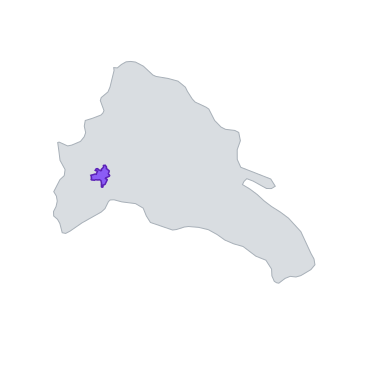 Galvan, Bahoruco, Dominican Republic shown in context, rotated 26°
{"feature_id": "3306468B84487207746542", "entity_name": "Galvan", "entity_type": "district", "adm_level": 2, "iso_a3": "DOM", "parent_name": "Dominican Republic", "parent_adm1": "Bahoruco", "projection": "albers", "projection_center": [-71.318, 18.475], "detail": "fine", "context": "in_parent", "style": "filled", "palette": "violet", "viewbox_px": 384, "rotation_deg": 26, "n_neighbors": 0, "source": "geoboundaries", "source_scale": "gbopen_adm2", "svg_char_len": 4637}
<svg xmlns="http://www.w3.org/2000/svg" viewBox="0 0 384 384"><g transform="rotate(26 192 192)"><path d="M67.6,252.3L67.9,238.8L70.0,233.3L68.1,227.5L59.5,221.4L54.3,213.4L49.6,206.4L50.7,205.4L60.0,205.1L63.3,202.6L69.6,195.4L70.9,189.6L70.4,185.3L66.3,180.0L64.7,174.5L69.8,169.8L76.4,162.8L77.3,160.1L77.2,157.4L69.5,150.0L69.0,146.9L72.6,138.9L72.3,133.6L68.7,117.0L67.1,114.5L70.5,113.2L72.7,108.2L75.7,103.9L79.7,101.5L84.2,100.0L93.1,100.2L105.5,104.0L109.0,103.9L120.9,100.4L130.8,98.5L140.1,100.7L143.8,103.6L151.5,108.3L155.4,109.8L167.5,109.6L170.8,110.1L181.0,117.8L189.6,120.9L194.6,121.0L203.5,117.9L207.9,118.0L213.0,124.7L214.1,134.2L218.4,142.9L225.0,148.4L257.1,145.8L264.3,150.3L261.9,154.1L257.4,156.2L242.1,155.4L235.4,156.0L234.1,159.7L234.1,163.2L243.0,164.0L251.8,165.7L260.8,168.4L269.9,170.2L280.1,171.3L290.2,173.2L307.2,179.9L326.0,195.2L331.0,198.7L334.4,203.5L332.9,209.6L326.4,219.5L322.7,222.8L317.2,224.8L313.5,228.9L310.0,235.9L307.8,236.5L305.1,236.2L300.6,232.4L297.3,226.4L288.3,220.9L277.6,221.7L261.8,218.6L252.3,220.3L242.7,220.8L233.0,219.2L223.2,218.7L213.4,220.9L203.9,224.6L200.4,226.9L194.4,232.6L191.2,234.7L168.0,237.6L161.4,233.5L155.2,227.9L146.3,227.2L133.4,231.6L125.3,233.2L122.0,235.0L121.1,237.2L121.1,245.1L119.2,249.8L106.7,267.9L99.5,280.7L96.6,284.6L93.2,285.5L87.0,278.2L83.1,275.5L78.2,274.2L76.1,270.3L76.2,264.7L74.9,259.3L71.9,255.1L67.6,252.3Z" fill="#d9dde1" stroke="#a8b0b8" stroke-width="1"/><path d="M108.9,227.2L109.1,227.1L109.5,226.9L109.7,226.6L109.7,226.4L109.6,226.0L109.4,225.7L109.2,225.3L109.0,225.0L109.0,224.9L109.0,224.7L109.3,224.4L109.6,224.3L109.7,224.2L109.9,224.0L110.1,223.8L110.2,223.7L110.3,223.5L110.5,223.2L110.5,222.9L110.5,219.5L110.5,218.5L110.5,218.3L110.5,218.2L110.4,218.1L110.2,217.9L109.8,217.9L108.6,217.9L108.4,217.9L108.2,217.8L108.2,217.7L108.2,217.4L108.2,217.2L108.3,217.0L108.6,216.9L108.8,216.5L108.9,216.3L109.0,216.2L109.4,215.7L109.7,215.4L109.9,215.2L110.0,215.1L110.1,214.9L110.3,214.7L110.6,214.4L110.7,214.2L110.8,213.9L110.8,213.5L110.7,213.3L110.7,213.2L110.3,212.9L110.2,212.8L109.5,212.8L109.4,212.8L109.3,212.7L109.2,212.6L108.9,212.3L108.8,212.2L108.7,212.1L108.7,211.8L108.7,211.6L108.7,210.7L108.6,210.4L108.5,210.0L108.5,209.9L108.4,209.5L108.4,209.4L108.2,209.3L108.0,209.2L107.9,209.1L107.3,209.1L107.1,209.0L106.8,208.9L106.6,208.8L106.4,208.7L106.2,208.6L105.2,208.6L104.9,208.6L104.7,208.4L104.7,208.0L104.7,207.9L104.5,207.6L104.4,207.5L104.2,207.4L104.1,207.2L104.0,206.9L103.9,206.9L103.8,206.7L103.6,206.6L103.4,206.5L103.2,206.5L103.1,206.4L102.9,206.3L102.6,206.2L102.3,206.0L102.2,206.1L101.8,206.3L101.7,206.3L101.4,206.6L101.0,206.7L100.9,206.8L100.8,207.0L100.8,207.3L101.0,207.4L101.1,207.5L101.3,207.9L101.4,208.1L101.5,208.2L101.5,208.4L101.5,208.5L101.5,208.9L101.4,209.0L101.3,209.3L101.2,209.6L101.1,209.9L101.1,210.0L101.0,210.3L100.8,210.7L100.7,210.9L100.7,211.0L100.6,211.3L100.8,211.7L100.9,211.8L101.1,212.1L101.2,212.3L101.1,212.5L100.8,212.7L100.7,212.8L100.4,213.0L100.2,212.9L99.9,212.8L99.7,212.8L99.4,212.8L99.2,212.9L98.9,213.0L98.6,213.0L98.3,213.0L98.1,212.9L97.9,212.9L97.6,212.7L97.3,212.4L97.2,212.4L96.7,212.5L96.2,212.8L95.9,213.0L95.7,213.2L95.7,213.4L95.7,213.5L95.7,214.0L95.7,214.3L95.5,214.6L95.5,214.8L95.5,215.0L96.0,215.0L96.3,215.0L96.5,215.0L96.8,214.9L97.0,214.8L97.5,214.8L97.8,214.8L98.0,214.9L98.0,215.0L98.0,216.6L98.0,216.9L98.0,217.0L98.1,217.3L98.2,217.6L98.2,217.8L98.2,218.0L97.8,218.1L97.6,218.2L97.2,218.3L96.9,218.5L96.7,218.6L95.5,219.8L95.3,220.1L95.1,220.2L95.0,220.3L94.8,220.4L94.7,220.4L94.6,220.5L94.4,220.7L93.8,221.3L94.0,221.4L94.0,221.5L94.3,221.8L94.5,221.9L94.5,222.0L94.7,222.4L94.8,222.6L94.9,222.8L95.1,222.9L95.2,223.1L95.4,223.2L95.6,223.4L95.7,223.5L95.7,223.8L95.7,224.4L95.7,224.6L95.8,224.8L95.9,225.0L96.0,225.0L96.3,225.2L96.6,225.1L97.0,225.0L97.1,224.9L97.3,224.8L97.7,224.7L97.8,224.7L98.0,224.6L98.4,224.4L98.5,224.4L98.9,224.3L99.0,224.3L99.1,224.2L99.3,224.0L99.5,223.7L99.8,223.4L100.0,223.3L100.1,223.2L100.3,223.1L100.5,223.0L100.8,222.9L101.0,222.9L101.3,222.7L101.5,222.7L101.8,222.5L102.1,222.5L102.2,222.4L102.6,222.2L102.8,222.0L102.9,221.8L103.0,221.7L103.3,221.6L103.5,221.5L103.8,221.6L104.2,221.6L104.5,221.6L104.9,221.6L105.0,221.6L105.3,221.8L105.7,222.4L105.9,222.6L106.0,222.7L106.2,222.9L106.2,223.0L106.3,223.2L106.6,223.5L106.8,223.7L106.8,224.0L107.0,224.2L107.1,224.4L107.3,224.6L107.4,224.8L107.3,225.1L107.3,225.3L107.5,225.6L107.8,225.8L108.0,226.0L108.0,226.3L108.1,226.5L108.2,226.9L108.3,226.9L108.3,227.0L108.5,227.1L108.9,227.2Z" fill="#8b5cf6" stroke="#5b21b6" stroke-width="1.5"/></g></svg>